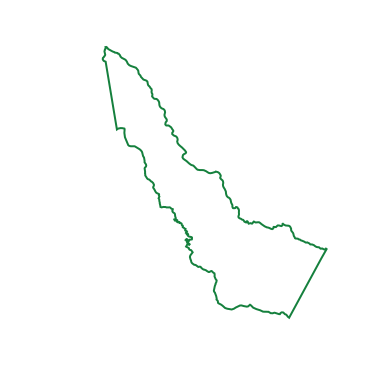 the district of Moju, Pará, Brazil, rotated 299°
{"feature_id": "56859067B36583280657778", "entity_name": "Moju", "entity_type": "district", "adm_level": 2, "iso_a3": "BRA", "parent_name": "Brazil", "parent_adm1": "Pará", "projection": "natural_earth1", "projection_center": [-48.984, -2.536], "detail": "fine", "context": "isolated", "style": "outline", "palette": "green", "viewbox_px": 384, "rotation_deg": 299, "n_neighbors": 0, "source": "geoboundaries", "source_scale": "gbopen_adm2", "svg_char_len": 6114}
<svg xmlns="http://www.w3.org/2000/svg" viewBox="0 0 384 384"><g transform="rotate(299 192 192)"><path d="M210.3,96.0L211.7,96.7L213.3,98.6L214.0,100.0L214.7,102.1L214.3,102.6L210.9,104.2L207.4,106.8L202.1,113.5L201.9,114.5L202.1,115.5L202.4,116.5L204.1,119.5L204.2,120.0L204.0,125.4L203.7,126.8L203.1,128.4L202.5,129.2L199.8,131.7L198.8,133.4L196.3,135.4L195.0,136.1L193.8,138.4L193.0,139.1L192.0,139.4L190.3,139.0L189.7,139.1L186.8,141.3L185.6,141.8L185.2,142.3L183.8,143.1L182.1,146.2L181.9,146.8L181.9,147.5L182.1,148.5L182.0,149.2L181.4,151.2L181.5,151.9L181.0,153.7L179.8,155.3L178.9,155.6L177.8,155.6L177.2,155.8L176.8,156.2L176.1,157.7L174.8,159.6L174.1,160.9L174.0,162.2L174.2,164.0L173.9,164.4L172.9,164.7L172.2,165.7L170.3,165.8L169.7,166.9L168.3,167.8L166.9,169.1L166.4,169.3L164.7,170.9L163.6,171.7L163.8,172.8L165.1,174.3L166.0,176.1L166.2,177.3L167.8,180.0L167.8,180.6L167.4,182.1L167.7,183.5L167.1,183.8L166.0,183.9L165.4,184.5L165.0,185.5L164.9,187.0L164.5,187.7L162.2,189.4L161.8,190.0L161.1,190.6L160.2,190.5L159.4,189.8L158.7,190.8L158.9,191.3L159.3,191.8L160.1,192.2L160.2,192.7L159.7,193.1L158.7,193.2L158.6,194.0L159.2,194.4L159.4,194.8L159.6,195.5L158.8,196.1L159.4,197.0L159.3,198.2L158.3,199.0L158.0,199.5L158.1,200.2L157.7,200.6L157.2,200.7L156.7,201.0L156.7,202.6L156.4,203.1L156.6,204.2L155.1,204.7L155.2,205.8L155.2,206.3L154.9,206.8L153.8,206.4L153.3,206.5L153.5,208.5L153.1,209.0L152.4,208.4L152.0,209.4L151.7,209.8L151.6,210.9L152.3,213.5L152.2,214.0L150.8,214.8L150.4,214.8L149.1,213.0L147.9,213.1L147.6,212.7L148.3,210.7L148.3,210.2L147.6,209.8L147.0,209.7L147.0,210.2L146.6,210.8L147.0,212.1L146.5,212.6L145.6,212.1L145.2,212.6L145.4,213.6L145.4,214.1L145.4,214.8L145.1,215.3L144.4,215.1L144.6,214.0L144.5,213.3L141.4,213.3L141.4,216.4L140.5,217.4L140.4,218.3L140.7,219.3L140.6,219.7L139.6,221.8L135.8,221.3L135.1,221.4L134.1,221.7L132.3,223.4L131.7,224.3L130.7,225.1L130.1,225.8L129.7,226.9L129.4,229.3L129.7,229.8L129.9,230.7L129.5,233.8L130.4,234.9L130.7,235.7L130.1,237.2L129.8,238.8L129.8,239.8L130.1,240.5L130.3,242.6L130.1,243.4L130.1,245.4L130.4,245.9L131.9,246.9L132.4,247.5L131.8,249.7L131.7,251.1L130.5,252.0L129.0,252.7L127.6,254.5L127.0,255.4L126.9,256.0L126.5,256.5L124.8,257.0L123.4,257.0L122.5,257.4L121.6,257.4L120.3,257.7L116.2,259.0L115.6,259.6L115.1,260.8L112.6,263.7L110.7,265.3L109.8,265.6L109.4,267.1L108.8,267.7L107.7,268.5L107.5,269.1L107.6,272.0L107.4,273.7L106.6,277.2L107.0,279.4L108.5,283.7L110.3,285.3L112.2,286.3L116.0,289.0L116.8,290.3L117.3,292.5L118.3,295.5L119.1,296.5L121.5,297.4L121.4,298.6L120.5,301.6L120.8,305.1L121.6,309.0L121.8,312.2L124.3,317.0L124.2,319.7L125.1,321.4L126.2,322.4L126.5,322.9L127.4,327.4L127.8,328.1L129.0,328.1L130.1,328.7L130.8,330.0L130.8,330.5L130.2,332.5L130.4,333.7L130.1,334.8L129.4,336.2L129.1,337.9L196.7,337.3L207.3,337.4L207.4,336.6L206.2,336.4L205.7,334.6L205.8,333.6L205.6,333.0L204.9,332.3L204.8,331.8L205.2,329.9L204.6,328.5L204.3,327.5L204.3,326.1L204.6,324.2L204.3,322.3L203.7,321.4L203.5,320.8L203.9,319.7L203.8,317.3L203.1,316.4L202.9,315.8L203.0,314.1L202.7,311.5L202.5,310.9L202.7,309.2L202.4,308.7L202.3,308.2L202.5,307.2L201.5,305.0L201.6,304.4L202.1,303.9L202.9,302.4L204.7,300.8L205.1,300.3L206.3,297.6L206.7,297.2L207.9,296.5L208.9,295.2L209.4,294.1L209.4,293.0L208.1,290.1L208.0,288.2L208.3,286.9L207.9,286.7L207.4,287.1L206.9,287.1L206.0,287.0L205.6,286.8L205.2,285.7L205.0,284.6L204.4,283.3L203.9,283.0L202.0,282.4L201.1,280.4L200.7,280.3L199.9,280.7L199.4,280.7L198.4,280.1L198.2,279.5L198.0,278.2L198.1,277.4L197.7,275.4L197.4,274.9L197.2,272.3L197.6,268.3L198.0,266.4L198.0,265.3L197.4,264.2L196.3,262.6L196.1,262.0L196.2,260.9L196.1,260.4L194.5,260.0L194.0,260.1L193.5,259.9L193.3,259.5L193.1,258.3L191.8,256.9L193.1,255.1L193.2,254.5L192.9,254.1L191.9,254.5L191.5,253.8L191.6,252.9L191.4,252.4L192.2,250.9L192.4,250.2L192.1,249.0L192.3,247.9L192.1,246.6L192.2,245.4L192.4,245.0L193.2,244.4L194.9,244.1L195.8,243.6L196.7,243.0L198.5,242.1L199.6,241.2L199.9,240.1L200.5,239.3L200.5,238.8L200.4,238.3L200.2,237.8L199.1,237.7L198.7,237.4L197.9,236.1L197.8,235.7L198.1,235.1L198.8,234.4L200.1,233.7L201.6,231.5L204.0,229.4L204.6,228.2L204.9,227.0L204.8,225.9L205.0,225.3L205.4,224.3L205.7,223.9L206.9,222.7L208.9,221.3L210.5,219.1L211.4,217.4L212.4,216.2L213.6,215.4L214.9,215.0L215.7,214.5L216.5,213.8L217.0,212.9L217.3,211.3L217.8,210.0L218.2,209.7L219.2,209.6L220.4,209.1L221.5,207.2L221.8,206.3L221.9,205.0L221.4,202.9L221.0,202.8L218.6,200.5L217.5,199.2L217.0,198.2L216.8,197.2L217.0,194.2L216.8,191.8L216.1,190.2L215.0,188.3L214.2,186.1L214.3,185.1L215.6,181.0L215.7,179.9L215.4,178.9L215.3,177.7L215.6,175.6L216.4,172.2L216.7,169.4L216.9,168.2L217.4,167.3L217.8,166.8L219.9,166.2L221.2,166.6L222.7,167.6L223.6,167.7L224.0,167.5L224.9,165.8L226.1,161.6L226.5,159.4L227.0,157.4L227.8,155.7L229.1,154.5L230.6,154.2L231.8,153.3L232.4,152.5L232.8,151.5L232.9,150.9L232.6,149.1L232.7,148.1L233.1,146.6L234.3,146.0L235.7,146.2L236.3,146.1L236.7,145.7L237.4,144.2L238.4,142.5L238.6,141.4L238.8,139.5L238.7,139.0L237.9,137.7L237.7,137.1L238.0,136.2L238.3,135.8L240.1,135.2L241.9,135.5L242.4,135.2L243.2,134.7L244.6,131.9L245.3,131.1L246.2,130.5L248.7,129.8L250.0,128.7L250.5,127.8L250.7,126.8L250.5,125.2L250.5,124.5L251.0,122.9L251.6,122.0L252.3,121.3L254.5,119.8L255.2,118.9L255.9,117.4L256.2,115.9L255.3,114.0L255.3,113.3L256.2,110.9L256.5,110.6L257.5,110.4L258.4,109.9L259.2,108.7L260.1,108.0L261.4,107.5L262.4,106.7L262.8,105.3L263.4,104.3L263.8,103.3L263.9,102.6L264.2,101.9L264.8,101.2L266.9,99.5L267.3,98.3L267.2,97.4L266.8,95.0L268.0,91.4L268.8,90.5L269.6,88.1L270.5,87.3L272.0,86.2L272.5,85.4L273.3,83.3L273.5,82.6L272.6,77.6L272.5,75.7L273.1,73.6L274.4,71.9L275.2,70.3L275.4,69.2L275.3,65.5L275.8,63.7L276.6,62.9L277.4,60.8L277.1,59.9L277.4,59.4L276.5,56.7L276.7,56.3L276.4,54.5L276.4,49.8L276.5,49.2L277.2,47.7L277.3,46.7L276.8,46.1L276.0,46.8L275.3,46.9L274.9,46.7L274.4,46.7L274.0,47.0L273.0,47.1L272.5,47.3L269.9,49.6L269.0,49.7L267.7,49.4L267.3,49.5L266.1,49.1L265.2,49.4L264.6,49.8L263.9,51.2L264.1,53.3L210.3,96.0Z" fill="none" stroke="#15803d" stroke-width="2"/></g></svg>